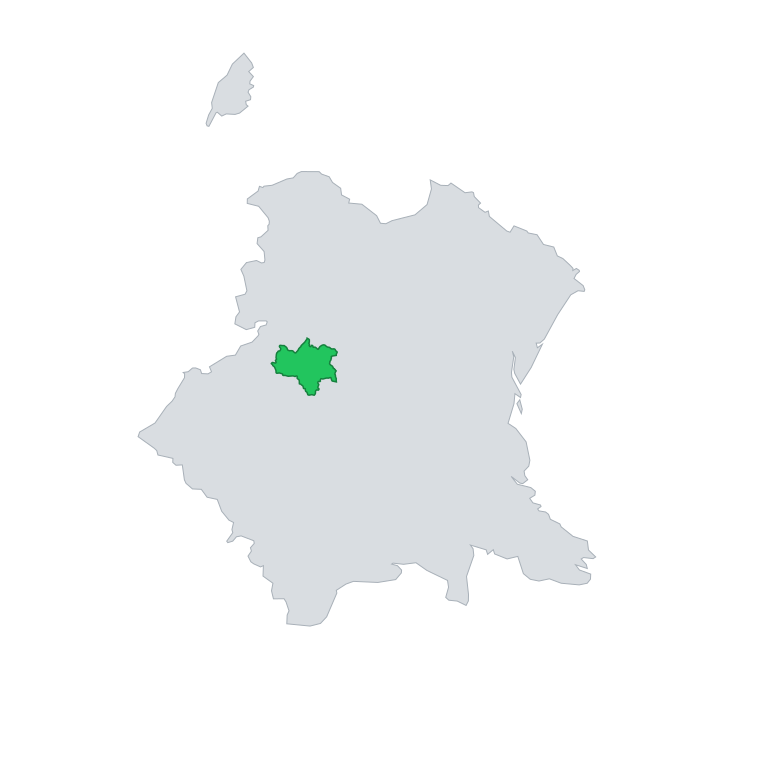 France, with Saône-et-Loire highlighted, rotated 201°
{"feature_id": "FRA-5339", "entity_name": "Saône-et-Loire", "entity_type": "Metropolitan department", "adm_level": 1, "iso_a3": "FRA", "parent_name": "France", "parent_adm1": "", "projection": "mercator", "projection_center": [4.488, 46.664], "detail": "fine", "context": "in_parent", "style": "filled", "palette": "green", "viewbox_px": 768, "rotation_deg": 201, "n_neighbors": 0, "source": "natural_earth", "source_scale": "10m", "svg_char_len": 7807}
<svg xmlns="http://www.w3.org/2000/svg" viewBox="0 0 768 768"><g transform="rotate(201 384 384)"><path d="M575.6,322.8L571.2,325.3L568.5,330.3L565.6,331.5L560.5,331.5L558.0,328.4L551.9,330.4L549.4,333.6L553.1,337.5L540.8,353.5L533.1,357.7L531.4,368.1L522.2,375.8L518.8,383.9L518.6,385.5L520.9,388.2L519.9,393.4L515.2,396.9L515.3,400.2L516.6,400.7L523.7,398.0L526.4,394.9L525.0,390.6L532.1,385.4L544.8,386.7L546.3,393.7L544.7,399.5L553.8,412.2L545.9,418.0L545.4,421.9L553.5,434.5L558.7,439.7L555.9,448.1L547.3,453.6L541.8,453.1L539.4,454.5L539.6,457.1L543.4,464.7L552.8,469.6L554.2,475.3L551.6,477.3L547.3,485.9L549.2,490.1L548.5,492.0L549.4,494.9L551.8,497.7L564.7,505.0L576.4,503.6L577.9,507.8L570.7,519.0L571.1,523.9L567.5,524.0L566.9,525.7L559.7,529.4L548.1,540.6L542.6,543.9L540.5,549.5L537.3,552.7L520.6,559.0L517.5,557.6L509.4,557.8L504.3,553.7L494.6,551.2L491.4,545.3L482.3,544.2L481.8,540.3L469.1,543.9L451.2,538.5L444.9,532.8L439.7,534.3L435.0,539.4L415.7,553.0L408.1,566.9L409.6,583.1L414.0,591.1L402.3,589.8L395.3,592.2L393.5,595.6L376.9,591.6L370.7,594.9L369.0,594.7L366.9,591.3L358.7,587.5L360.0,584.8L358.9,582.5L351.2,580.5L348.6,582.9L345.7,578.2L324.2,570.8L320.7,570.9L319.3,578.2L305.5,578.0L303.5,576.7L294.6,578.2L285.1,571.4L274.6,572.7L268.1,565.7L261.9,565.2L253.0,561.6L249.0,559.7L248.4,557.6L245.8,560.8L242.5,560.1L241.8,559.1L243.9,555.2L244.4,550.6L233.3,547.2L230.3,543.9L230.3,542.2L236.3,540.6L241.6,534.2L246.7,511.0L250.4,483.4L253.2,478.1L256.6,476.7L253.8,472.8L250.4,477.9L252.5,452.2L256.5,432.8L265.8,440.8L268.0,444.2L270.8,455.8L276.0,460.6L272.6,455.9L269.2,440.6L267.1,436.2L252.2,423.3L251.7,420.3L258.3,421.9L255.6,412.2L254.1,391.7L245.0,389.7L230.6,380.9L220.5,365.1L219.4,359.2L222.0,352.9L219.7,348.9L215.5,346.1L218.8,340.7L221.7,340.2L232.2,343.3L223.6,338.2L209.8,339.9L204.3,338.1L203.3,334.3L207.0,329.5L202.4,326.4L194.5,327.1L193.5,325.9L195.8,322.4L193.8,321.1L187.3,322.4L183.7,321.3L180.2,317.3L169.7,316.4L167.4,314.1L153.0,309.5L137.9,310.3L133.6,302.3L124.4,298.4L126.2,295.9L135.5,293.5L137.2,291.3L130.5,288.0L128.1,284.6L140.5,283.9L134.9,280.4L122.9,280.6L121.3,275.8L122.9,270.8L129.8,266.4L147.2,261.5L159.8,261.4L168.7,255.6L177.5,254.1L185.9,256.9L197.3,271.0L206.4,264.8L219.8,265.0L222.6,268.5L226.2,262.1L229.2,265.8L245.6,264.6L241.8,262.1L238.7,256.1L238.0,233.9L229.6,217.6L227.5,211.7L228.0,206.7L237.8,207.6L246.0,205.4L249.9,206.9L250.9,217.4L254.3,223.4L277.0,225.3L290.1,228.6L301.1,222.7L311.4,220.0L312.3,218.6L306.3,219.2L300.9,216.6L300.1,213.8L303.0,205.6L318.7,196.5L341.8,188.8L347.8,183.6L354.6,174.3L353.1,171.9L354.1,146.1L357.5,137.7L366.3,131.5L388.8,125.3L391.6,133.6L391.4,138.2L397.4,145.5L400.4,147.7L410.2,143.8L414.9,150.6L416.3,158.2L428.1,161.3L431.5,171.2L433.7,169.0L441.1,169.4L444.6,170.3L449.3,174.6L447.9,180.5L450.0,183.3L448.0,188.7L449.4,191.0L462.9,191.0L467.0,188.5L468.9,183.1L473.0,179.9L474.5,180.9L471.9,191.0L473.8,193.6L474.8,200.8L479.9,201.3L489.9,207.0L498.3,216.5L508.6,214.9L516.8,220.2L525.2,217.4L533.2,220.3L536.0,223.0L543.3,236.2L549.1,233.6L553.1,235.1L554.4,238.9L569.6,236.7L572.3,240.4L575.5,241.7L594.7,246.7L594.9,251.6L583.8,265.5L578.9,285.2L575.7,292.0L574.5,297.1L575.4,300.5L574.8,305.8L572.5,318.4L573.8,322.1L575.6,322.8ZM644.1,572.4L643.1,579.8L645.8,585.0L646.7,606.0L641.2,616.1L640.2,628.3L633.3,642.7L622.6,636.3L619.4,632.7L622.3,627.2L616.1,624.2L617.6,618.8L616.9,616.1L612.6,615.9L612.3,614.5L615.5,610.3L615.5,607.7L611.3,604.5L610.5,601.6L614.5,598.4L612.7,595.4L610.5,594.7L615.9,585.2L619.7,582.3L628.1,579.6L631.5,576.0L637.0,578.0L638.0,577.0L639.8,561.8L641.7,561.6L643.5,563.6L644.1,572.4ZM252.9,413.3L251.6,417.9L245.9,410.0L245.2,405.6L252.9,413.3Z" fill="#d9dde1" stroke="#a8b0b8" stroke-width="1"/><path d="M435.9,370.9L436.8,370.6L437.7,369.7L439.9,368.9L442.8,366.8L443.5,366.6L444.4,366.5L444.7,366.4L444.8,366.2L444.9,365.8L444.9,364.7L444.4,363.9L444.7,363.3L446.0,362.9L446.4,362.2L446.2,361.3L445.6,360.7L444.9,360.4L444.6,359.9L444.7,358.0L444.6,357.2L444.2,356.6L443.3,356.4L443.0,356.1L442.8,355.5L443.0,354.9L443.4,354.6L444.4,354.5L444.8,354.3L445.0,353.9L445.2,353.5L445.3,353.0L445.3,352.4L444.7,350.9L444.7,350.3L444.7,349.8L445.0,348.8L445.2,348.5L447.6,348.2L449.8,346.8L450.6,346.6L451.3,346.7L452.8,348.5L453.5,348.9L454.2,349.0L454.8,349.4L455.3,350.2L455.6,351.0L455.9,351.4L456.2,351.4L456.8,351.1L457.4,351.0L457.8,351.3L458.5,352.6L459.1,353.1L461.5,353.9L462.0,354.0L462.8,353.8L463.0,353.8L463.2,354.1L464.3,356.8L464.9,357.4L467.0,358.1L467.4,358.9L467.6,359.8L467.8,360.0L468.2,360.2L468.6,360.1L469.0,359.9L469.6,359.2L469.8,359.1L471.8,359.0L476.2,356.9L479.3,356.6L481.0,355.9L481.5,355.9L481.7,356.1L482.2,356.9L482.5,357.0L485.7,356.8L487.3,355.9L488.1,355.6L488.8,355.9L489.7,357.9L491.8,360.1L492.5,360.7L493.2,361.0L493.6,361.1L494.1,361.2L494.5,361.5L494.9,361.9L495.2,362.2L496.0,362.4L496.5,362.6L496.5,362.9L496.4,363.3L496.2,363.6L496.0,363.9L495.7,364.2L493.4,364.5L493.0,364.6L492.7,364.8L492.5,365.1L492.5,365.6L492.7,365.9L493.0,366.2L493.3,366.5L493.7,366.9L493.8,367.2L493.7,367.5L493.3,368.2L493.2,368.6L493.4,369.0L494.1,369.6L494.3,370.2L495.1,373.1L495.2,374.0L495.2,374.7L495.0,375.0L494.8,375.4L494.7,375.7L494.7,376.2L494.6,376.6L494.4,376.9L494.1,377.1L493.4,377.4L493.2,377.6L493.0,378.0L492.9,378.5L492.9,379.2L493.0,379.7L493.2,380.2L493.4,380.4L493.6,380.5L494.6,381.0L494.9,381.3L495.2,381.8L495.2,382.2L495.1,382.6L494.8,382.9L494.4,383.0L491.8,383.7L491.1,384.1L488.5,383.4L487.5,382.8L486.8,382.0L486.2,381.4L485.8,381.2L485.3,381.1L484.2,381.2L482.0,382.1L481.2,382.2L480.6,382.1L479.2,381.4L478.7,381.2L478.2,381.2L477.7,381.3L477.5,381.5L477.4,381.6L477.3,382.2L477.2,382.4L477.0,383.0L476.9,383.2L476.5,384.1L476.5,384.3L476.4,384.5L476.2,386.4L476.1,386.8L475.9,387.2L475.5,388.3L475.1,388.8L475.1,389.0L475.0,389.4L475.1,389.8L475.1,390.0L475.0,390.4L473.0,394.6L472.9,395.0L472.3,397.5L472.1,398.1L472.1,398.3L472.1,398.6L472.1,398.8L472.2,399.2L470.1,398.9L469.4,398.3L469.2,397.5L468.8,396.7L468.7,396.3L468.8,395.6L468.8,395.1L468.5,394.9L467.8,394.4L467.7,394.1L467.7,393.8L467.7,393.4L467.6,393.0L467.3,392.8L466.4,392.4L466.0,392.5L465.8,392.7L465.7,393.1L465.7,393.4L465.7,393.8L465.5,394.1L465.2,394.3L464.7,394.3L464.3,394.2L463.9,393.8L463.7,393.4L463.3,393.0L463.0,393.0L462.7,393.1L462.4,393.4L461.9,393.6L461.3,393.7L459.8,393.3L458.5,392.7L458.1,392.7L457.9,392.9L457.8,393.2L457.7,393.5L457.5,394.8L457.2,395.9L457.0,396.3L455.9,397.8L455.0,398.6L454.4,398.9L454.0,399.0L453.5,399.1L453.2,399.1L452.9,399.1L451.7,398.6L450.0,398.2L449.5,398.3L448.6,398.6L448.2,398.6L447.8,398.6L446.4,398.1L445.7,398.0L445.3,398.0L443.2,398.9L442.6,398.9L442.2,398.8L441.9,398.6L441.0,397.8L440.6,397.6L439.7,397.4L439.4,397.2L439.2,397.0L439.1,396.7L439.1,396.3L439.2,395.0L439.2,394.9L439.1,394.3L438.8,393.6L442.1,391.7L442.5,391.3L442.9,391.0L443.0,390.8L443.0,390.6L442.9,390.4L442.8,390.1L442.6,389.9L442.5,389.7L442.4,389.4L442.4,389.1L442.5,388.8L442.5,388.6L442.4,388.4L442.4,388.2L442.2,387.9L442.2,387.7L442.2,387.3L442.5,385.8L442.6,385.6L442.5,385.3L442.5,385.1L442.4,384.9L442.3,384.7L442.2,384.5L442.2,384.1L442.2,383.7L442.0,383.3L441.9,383.3L441.4,383.0L441.0,382.7L440.6,382.6L439.5,382.4L438.5,382.1L438.3,382.0L438.2,381.9L438.0,381.6L437.4,381.2L437.0,380.7L436.9,380.5L436.7,380.5L436.0,380.5L435.8,380.5L435.7,380.4L435.6,380.2L435.4,380.1L434.9,379.9L434.7,379.9L434.4,379.5L433.7,379.3L433.4,379.1L433.4,378.9L433.4,378.7L433.5,378.3L433.6,378.1L433.6,376.7L433.5,375.8L433.4,375.5L433.3,375.4L432.8,375.2L432.2,374.2L432.0,373.6L431.9,373.3L431.7,373.2L431.4,373.0L431.0,372.4L430.9,372.3L430.4,371.8L430.3,371.5L430.2,371.0L430.1,370.6L429.2,368.9L433.4,368.2L434.3,368.9L435.9,370.9Z" fill="#22c55e" stroke="#15803d" stroke-width="1.5"/></g></svg>